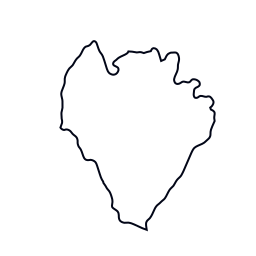 Esperanza, Valverde, Dominican Republic, rotated 204°
{"feature_id": "3306468B62426802090355", "entity_name": "Esperanza", "entity_type": "district", "adm_level": 2, "iso_a3": "DOM", "parent_name": "Dominican Republic", "parent_adm1": "Valverde", "projection": "robinson", "projection_center": [-70.963, 19.618], "detail": "fine", "context": "isolated", "style": "outline", "palette": "ink", "viewbox_px": 256, "rotation_deg": 204, "n_neighbors": 0, "source": "geoboundaries", "source_scale": "gbopen_adm2", "svg_char_len": 4082}
<svg xmlns="http://www.w3.org/2000/svg" viewBox="0 0 256 256"><g transform="rotate(204 128 128)"><path d="M128.2,67.9L125.2,66.1L122.6,64.2L119.2,62.5L117.6,61.2L116.1,59.7L114.7,58.1L113.4,56.5L112.7,55.3L112.1,54.1L111.0,50.4L110.4,49.5L109.9,49.1L108.8,48.7L105.0,48.0L103.7,47.6L103.2,47.3L102.2,46.5L101.5,45.5L100.9,44.5L100.1,42.8L99.4,41.7L98.6,40.8L97.6,40.1L97.0,39.9L95.7,39.6L93.8,39.7L92.6,40.0L90.0,41.3L88.8,41.8L87.4,42.1L86.0,42.3L83.1,42.4L74.2,42.3L69.5,42.6L71.7,46.1L72.5,47.7L72.9,49.0L72.9,50.4L72.6,51.6L71.4,54.4L71.0,56.5L70.8,58.8L70.7,65.0L70.6,66.5L70.3,68.0L69.9,69.3L68.5,72.1L67.5,74.6L66.1,77.5L65.7,78.8L65.4,81.0L65.1,86.4L64.8,88.7L64.4,90.0L63.5,92.3L63.0,93.6L62.8,95.1L62.4,99.0L62.1,100.5L61.7,101.8L60.5,104.7L60.1,106.2L59.9,108.5L59.8,111.0L60.0,131.3L59.9,133.7L59.7,135.3L59.3,136.8L58.9,137.5L58.2,138.7L56.8,140.4L53.8,143.7L52.5,145.5L51.9,146.7L50.1,150.8L49.7,152.0L49.6,152.6L49.6,154.0L49.7,154.6L50.1,155.8L51.0,158.0L51.5,160.2L51.7,164.1L51.7,169.6L53.3,172.2L53.8,173.5L54.5,175.9L55.0,177.0L55.4,177.5L55.8,177.8L56.9,178.3L58.0,178.5L59.8,178.6L61.2,180.1L60.4,181.7L60.1,183.0L60.0,184.3L60.0,185.0L60.3,186.2L60.6,186.8L61.4,187.7L63.8,189.2L65.3,189.8L65.8,189.9L66.9,189.8L67.8,189.4L68.9,188.5L69.3,188.3L70.3,187.9L73.2,187.4L74.3,187.0L74.8,186.8L75.6,186.1L76.4,184.7L77.0,183.9L77.8,183.3L78.3,183.1L78.8,183.0L79.4,183.0L80.3,183.5L81.1,184.4L81.7,185.5L82.8,188.8L83.1,190.0L83.1,190.6L82.9,191.2L82.4,192.3L80.9,194.1L80.3,195.1L80.1,195.7L80.0,196.3L80.1,196.9L80.6,198.0L81.4,198.9L81.9,199.2L83.1,199.6L84.3,199.8L85.6,199.8L86.8,199.6L87.9,199.2L88.9,198.6L89.2,198.1L89.5,197.6L90.1,195.6L90.7,194.7L91.1,194.4L92.1,193.9L95.5,193.2L96.5,192.8L97.3,192.1L98.5,190.3L99.2,189.4L100.1,188.7L100.6,188.4L101.8,188.1L102.5,188.2L103.1,188.3L103.6,188.6L104.1,189.0L105.0,189.9L105.6,191.0L105.8,191.7L106.1,194.0L106.1,199.4L106.4,201.6L106.8,203.0L108.0,205.9L108.3,207.2L108.8,210.0L109.2,211.3L109.8,212.6L111.0,214.3L112.4,215.7L113.5,216.2L114.2,216.4L114.7,216.4L115.8,216.1L119.4,214.3L119.9,213.9L120.7,213.0L121.5,211.9L121.7,211.3L122.1,210.0L122.2,208.6L122.3,205.7L125.0,202.7L129.2,207.6L131.1,209.7L132.7,210.9L133.9,211.5L134.5,211.6L135.7,211.7L136.8,211.4L137.3,211.2L137.8,210.7L138.1,210.2L138.3,209.7L138.4,208.5L138.4,207.5L141.6,205.1L144.0,202.9L146.7,202.6L148.0,202.2L150.7,200.6L155.3,199.4L158.8,198.1L158.8,196.9L159.0,196.4L159.5,195.3L160.6,193.8L163.7,190.2L164.9,188.6L165.6,187.4L166.4,185.5L167.5,183.5L167.9,182.4L167.9,181.8L167.9,181.2L167.7,180.6L167.4,180.1L166.9,179.7L165.9,179.4L163.2,179.3L162.1,179.1L161.6,178.9L161.1,178.5L160.7,178.0L160.4,177.4L160.2,176.8L160.1,175.5L160.3,174.1L160.5,173.5L161.1,172.3L162.0,171.4L163.1,170.7L163.7,170.5L165.0,170.3L167.0,170.4L168.2,170.9L169.4,171.6L171.4,173.5L177.1,180.0L180.0,183.1L181.6,184.4L184.4,186.0L185.5,186.8L187.0,188.2L190.8,192.3L191.7,193.1L192.7,193.6L193.3,193.7L193.8,193.7L194.4,193.5L194.9,193.2L195.2,192.7L195.6,191.7L196.2,189.5L196.6,188.3L197.6,186.9L199.7,185.1L200.0,184.6L200.5,183.5L200.9,181.4L201.1,176.9L201.4,174.6L201.8,173.3L202.8,171.0L203.2,169.6L203.5,168.1L203.9,164.3L204.1,162.8L204.6,161.5L205.8,158.6L206.1,157.1L206.3,155.6L206.4,153.3L206.4,151.0L206.3,149.4L205.8,147.2L204.5,144.3L204.1,143.0L203.8,140.7L203.5,134.6L203.2,133.1L203.0,132.4L202.7,131.7L202.0,130.5L199.5,127.1L198.8,125.9L196.1,119.9L195.8,118.6L195.1,115.2L194.6,113.9L192.4,109.6L191.2,107.9L190.7,106.9L190.3,105.8L190.2,104.5L189.9,100.9L189.0,100.4L188.0,100.1L187.5,100.0L186.3,100.0L185.4,100.3L184.0,101.5L183.5,101.7L182.4,102.0L180.7,102.0L179.4,101.7L178.9,101.5L176.2,100.1L175.0,99.7L172.6,99.1L171.4,98.6L170.4,97.9L169.6,97.0L168.9,96.0L168.1,94.2L167.5,93.1L166.3,91.7L165.4,90.9L163.2,89.7L162.1,88.9L160.6,87.5L157.3,84.0L155.8,82.7L154.6,82.1L153.4,81.9L152.2,82.1L151.2,82.5L149.2,83.7L148.0,84.0L146.7,84.1L145.4,84.0L144.2,83.7L143.6,83.4L142.5,82.6L141.0,81.1L135.2,74.6L132.8,72.0L130.8,70.2L129.0,69.0L128.7,68.7L128.2,67.9Z" fill="none" stroke="#020617" stroke-width="2"/></g></svg>